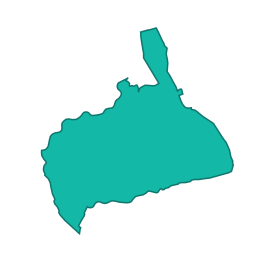 Rafael Lucio, Veracruz, Mexico (orthographic projection), rotated 255°
{"feature_id": "50627088B78705285739892", "entity_name": "Rafael Lucio", "entity_type": "district", "adm_level": 2, "iso_a3": "MEX", "parent_name": "Mexico", "parent_adm1": "Veracruz", "projection": "orthographic", "projection_center": [-96.981, 19.6], "detail": "fine", "context": "isolated", "style": "filled", "palette": "teal", "viewbox_px": 256, "rotation_deg": 255, "n_neighbors": 0, "source": "geoboundaries", "source_scale": "gbopen_adm2", "svg_char_len": 4265}
<svg xmlns="http://www.w3.org/2000/svg" viewBox="0 0 256 256"><g transform="rotate(255 128 128)"><path d="M64.9,220.0L67.4,220.0L68.6,220.6L73.7,219.9L80.3,220.3L83.9,219.8L88.3,219.1L88.5,219.0L89.6,218.6L91.6,217.8L94.2,216.8L96.7,216.0L101.8,214.4L103.7,213.8L107.6,212.5L109.8,211.9L111.4,210.8L112.9,209.4L118.7,204.2L118.8,204.0L122.1,201.6L124.8,199.7L126.5,198.5L128.1,197.0L128.5,196.0L129.4,194.1L131.1,194.4L131.6,191.3L132.6,189.1L133.6,188.3L135.1,187.6L135.8,187.2L137.6,186.7L138.3,186.6L139.6,186.3L141.9,186.0L143.2,185.9L144.5,185.8L146.2,185.7L146.2,185.9L146.3,186.6L146.6,189.7L148.4,189.7L148.9,189.6L149.2,189.6L149.6,189.7L149.8,189.7L150.2,189.8L150.9,189.8L151.6,189.6L151.8,189.4L151.9,188.9L152.0,187.6L151.5,186.5L151.1,186.0L150.9,185.7L150.8,185.3L155.1,185.0L162.0,183.3L163.3,183.0L168.0,181.9L172.4,180.4L180.3,183.2L184.5,183.8L187.5,183.9L189.9,184.2L195.0,186.4L197.9,184.6L200.6,184.5L202.9,183.9L205.2,183.4L212.4,182.2L217.3,181.1L217.2,172.8L217.5,172.7L217.4,165.0L215.9,164.9L215.4,164.7L213.2,164.1L212.9,164.1L212.2,164.0L211.9,164.0L208.9,163.6L207.8,163.5L207.1,163.4L197.4,162.5L197.0,162.5L196.0,162.4L191.7,161.2L189.3,161.9L176.1,165.7L175.4,165.9L169.7,167.5L163.1,169.4L162.1,165.9L162.0,164.8L162.0,164.1L162.6,162.2L164.8,155.9L164.8,155.5L164.7,154.8L163.8,150.6L163.7,150.4L162.7,149.4L161.9,148.5L160.6,147.7L161.0,147.5L161.8,147.7L162.4,148.0L162.6,148.1L163.1,148.5L163.5,148.6L163.8,148.3L164.3,148.1L164.9,148.0L165.3,148.0L165.6,148.1L166.4,148.0L167.1,147.7L167.3,147.3L167.3,146.7L166.8,144.8L166.8,144.2L167.2,143.8L167.7,143.3L168.0,142.5L168.0,141.9L167.8,141.5L167.8,141.1L167.9,140.8L167.9,140.5L168.0,140.4L168.4,140.4L168.9,140.4L169.4,140.6L170.5,140.9L171.1,140.8L171.5,140.6L172.3,140.2L173.2,139.5L174.3,138.2L174.6,138.0L174.8,137.9L175.2,139.2L175.9,140.4L176.6,141.1L176.0,139.9L175.3,136.6L175.1,135.3L174.0,130.5L173.5,129.8L172.5,129.0L170.7,128.3L170.0,128.2L168.8,128.3L167.9,128.6L166.6,129.5L165.8,130.0L164.4,130.6L163.4,130.5L162.0,130.1L161.0,129.4L160.9,129.2L159.7,127.9L158.8,126.5L158.3,124.9L157.4,123.3L156.2,122.3L154.1,121.1L152.4,119.7L151.5,118.0L151.7,116.4L151.7,116.0L152.0,113.5L151.9,111.5L151.8,111.3L150.9,110.0L149.0,108.0L148.5,107.0L148.4,106.1L148.4,103.4L148.5,102.1L148.8,99.5L149.3,96.8L149.7,95.9L150.2,95.4L151.1,94.8L152.6,94.1L153.5,93.3L154.1,92.3L154.5,90.8L154.5,89.7L154.1,88.8L153.5,87.7L152.7,87.0L152.0,86.0L151.4,85.1L150.9,84.2L150.6,83.4L150.4,82.6L150.1,81.6L149.7,80.4L150.3,77.3L150.4,76.5L152.1,73.0L152.1,72.8L152.4,70.3L151.4,67.9L150.1,65.9L148.3,64.9L145.3,64.3L143.2,63.5L142.1,61.9L141.9,61.7L141.8,59.5L141.8,59.3L142.1,56.1L142.1,55.8L141.6,53.6L141.4,52.9L139.8,50.7L139.4,50.6L136.5,48.9L135.0,48.2L134.6,48.0L133.7,47.6L133.0,47.2L131.0,46.2L129.0,43.9L128.4,41.6L128.8,38.8L127.1,38.2L123.9,37.6L122.9,37.8L122.4,37.9L121.9,38.1L119.3,38.8L117.1,39.9L115.9,39.9L115.1,39.9L113.8,37.7L112.0,36.5L110.0,35.6L108.8,35.5L108.0,35.5L107.6,35.5L105.1,36.0L103.9,35.4L99.3,38.1L99.0,38.1L98.4,38.2L96.9,38.4L96.7,38.5L95.1,38.7L91.8,38.4L89.4,38.2L88.7,38.2L85.7,38.1L84.1,38.0L83.4,38.0L80.7,38.6L78.0,38.9L77.8,38.9L76.9,37.8L75.4,37.5L73.6,37.7L73.1,37.9L70.7,39.1L68.2,39.8L67.5,39.8L66.1,40.0L64.0,39.3L61.2,40.1L56.6,42.4L55.3,43.0L55.1,43.1L54.5,43.5L49.3,46.9L48.1,47.6L46.2,48.9L45.9,49.0L44.6,49.9L42.3,51.4L40.6,52.4L38.5,53.8L42.8,55.6L43.7,56.3L44.0,56.5L45.1,55.4L46.4,55.0L47.7,56.2L49.2,57.6L50.0,58.3L50.8,59.1L52.9,61.2L53.7,62.1L54.1,62.6L56.0,63.9L57.2,63.7L58.5,64.8L61.0,67.0L62.5,68.3L61.2,69.7L60.7,71.1L60.6,72.6L61.1,74.3L63.2,76.2L64.3,78.3L64.5,80.0L63.9,81.9L62.2,83.9L61.2,85.9L61.0,88.2L61.5,90.9L61.7,92.4L61.8,93.7L60.5,97.1L58.7,100.3L57.3,104.0L56.1,107.5L55.7,110.3L56.1,112.1L58.4,115.0L59.7,117.3L60.0,118.8L59.8,121.8L59.6,125.7L59.8,126.2L60.2,127.5L60.8,129.4L61.7,130.6L61.7,132.1L58.1,138.6L58.1,140.2L59.6,141.9L60.9,143.6L60.6,144.7L59.4,145.2L59.2,146.8L60.1,148.7L59.9,151.4L61.1,154.6L61.0,158.0L60.8,161.9L61.7,163.4L61.2,166.2L60.4,169.5L60.2,174.3L61.2,176.2L61.0,179.1L59.9,183.2L59.8,183.8L59.6,186.1L59.2,189.4L59.2,189.6L58.5,194.1L58.6,196.9L58.6,201.3L58.7,207.9L58.7,213.4L58.8,213.8L59.3,216.7L64.9,220.0Z" fill="#14b8a6" stroke="#0f766e" stroke-width="1.5"/></g></svg>